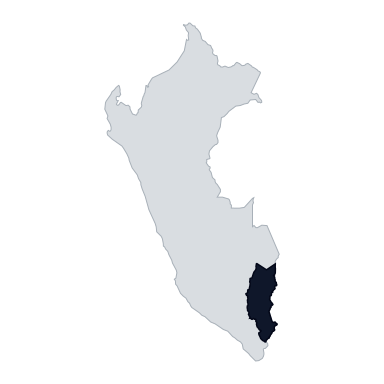 where Puno sits in Peru
{"feature_id": "PER-573", "entity_name": "Puno", "entity_type": "Department", "adm_level": 1, "iso_a3": "PER", "parent_name": "Peru", "parent_adm1": "", "projection": "equal_earth", "projection_center": [-69.98, -15.156], "detail": "fine", "context": "in_parent", "style": "filled", "palette": "ink", "viewbox_px": 384, "rotation_deg": 0, "n_neighbors": 0, "source": "natural_earth", "source_scale": "10m", "svg_char_len": 8042}
<svg xmlns="http://www.w3.org/2000/svg" viewBox="0 0 384 384"><path d="M261.7,101.1L261.7,102.4L260.5,102.9L259.5,102.1L258.0,102.4L255.7,99.5L250.2,100.0L247.8,103.3L244.2,104.0L240.3,105.5L235.8,106.1L228.8,111.4L227.2,113.5L224.0,116.6L221.4,117.6L220.2,127.1L217.6,132.7L216.6,135.8L218.0,140.3L218.0,142.6L216.6,144.4L215.4,144.6L213.0,146.6L209.5,150.8L208.9,154.0L210.0,158.2L209.6,158.7L206.7,159.5L206.8,161.9L206.2,162.8L208.6,166.2L210.1,167.0L210.1,167.9L209.9,168.7L209.3,169.1L209.3,169.9L211.1,172.4L212.4,177.5L215.0,179.9L215.1,181.6L215.9,183.2L217.2,184.4L220.4,189.4L220.4,191.8L217.2,197.2L222.6,197.2L228.6,199.0L229.4,199.9L230.2,202.3L230.2,203.9L231.4,205.2L231.3,208.1L239.2,208.2L244.3,207.4L252.5,198.4L253.8,197.7L253.1,199.6L253.0,201.0L253.5,202.6L252.5,204.8L252.5,226.7L254.0,225.5L255.9,227.6L257.3,227.7L261.8,225.2L267.0,225.6L279.2,254.2L278.2,256.1L278.2,257.6L276.7,258.9L275.2,261.2L275.1,272.5L273.9,275.9L274.6,277.7L275.3,281.3L276.4,283.4L276.7,284.8L276.5,285.4L274.8,286.6L274.7,288.6L271.7,292.7L271.1,295.4L270.0,296.3L269.8,299.4L272.5,304.4L270.8,307.3L269.1,311.7L271.9,321.0L273.0,322.3L274.2,322.3L276.0,323.1L277.0,324.5L274.7,326.2L274.4,327.0L274.5,330.0L272.1,332.3L268.9,338.1L268.0,338.4L266.4,340.2L266.1,341.0L266.3,341.9L267.7,343.6L267.9,345.7L265.5,348.3L263.9,348.6L263.3,349.3L263.9,352.9L263.9,354.5L263.4,356.4L262.3,358.4L258.8,360.6L255.6,361.0L250.2,355.6L248.6,353.5L243.2,348.9L242.3,344.2L240.5,341.9L237.3,340.1L234.6,337.7L232.7,336.6L227.8,331.2L223.4,329.5L215.2,323.9L210.7,322.0L205.0,316.7L201.9,315.3L199.4,312.8L191.9,307.6L190.7,305.9L189.6,303.3L187.9,301.7L186.0,298.2L183.2,296.1L180.5,293.3L177.1,285.9L175.6,284.2L175.4,280.8L174.3,279.2L175.9,278.1L176.9,272.8L176.3,270.2L172.5,263.1L171.7,260.1L168.9,254.7L167.8,251.4L165.6,249.0L164.6,246.9L163.4,246.1L163.3,243.6L162.4,238.8L161.2,236.3L156.7,231.8L156.2,226.9L155.2,223.5L148.9,209.7L145.2,196.4L142.2,189.0L140.9,184.8L140.8,182.5L138.5,178.5L137.3,174.9L132.2,168.0L129.2,160.3L128.8,158.0L126.8,153.7L123.5,148.2L121.9,146.0L112.2,139.2L107.6,135.0L107.1,132.9L107.3,131.6L108.3,130.4L109.7,131.3L110.5,131.0L111.1,129.5L111.1,127.2L110.3,124.2L107.1,118.5L107.9,115.9L104.8,109.2L105.5,102.7L106.2,101.1L110.8,94.5L112.1,91.7L114.1,90.0L116.2,87.4L118.6,85.4L119.3,86.0L120.1,89.6L120.0,91.9L120.7,94.5L119.0,96.8L117.1,96.4L116.4,96.9L116.1,98.0L116.4,99.8L116.9,100.6L118.3,100.6L116.4,104.1L116.6,104.7L117.9,105.4L119.1,104.5L120.4,102.5L121.2,102.3L126.0,105.6L128.2,105.2L129.9,106.8L130.1,109.2L132.5,114.0L136.0,115.2L136.6,114.8L137.4,113.0L138.1,112.7L138.3,110.0L141.3,107.2L141.8,105.3L141.3,103.9L141.4,102.8L143.2,96.5L143.7,95.9L144.3,93.8L145.0,92.6L146.0,85.5L146.8,85.6L147.6,87.2L148.6,86.8L148.0,85.2L148.2,84.7L151.6,79.0L152.6,77.8L169.0,70.0L177.1,62.0L184.3,50.8L186.5,39.5L187.3,40.3L188.7,40.0L188.2,35.4L188.5,33.3L188.5,32.6L186.3,29.9L185.3,26.9L183.4,25.2L183.5,24.6L185.5,25.2L187.4,24.9L189.0,23.0L190.2,23.2L192.9,25.8L194.9,26.0L195.5,27.8L197.4,29.2L200.2,33.1L201.4,37.3L201.3,38.1L202.6,40.3L205.2,41.4L207.9,44.6L210.6,45.5L211.8,48.4L212.6,49.3L213.0,50.9L212.5,52.8L212.9,53.8L215.0,55.5L216.7,55.6L217.1,56.4L218.0,61.0L217.4,63.4L217.7,64.7L219.9,65.8L220.6,66.9L222.4,67.1L225.0,66.1L228.2,67.5L230.6,67.0L231.7,66.6L232.9,65.6L233.8,65.6L236.3,62.6L237.0,62.4L239.7,63.7L242.0,65.7L244.7,65.3L245.9,64.1L247.9,63.4L251.5,65.9L252.3,67.1L253.3,67.3L257.2,69.8L257.9,70.8L259.9,71.8L260.4,72.6L260.2,73.5L251.1,92.7L254.0,94.3L256.6,93.3L257.9,94.6L259.0,97.7L261.0,99.8L261.7,101.1Z" fill="#d9dde1" stroke="#a8b0b8" stroke-width="1"/><path d="M275.3,263.9L275.3,264.2L275.2,266.4L275.2,267.1L275.4,268.6L275.3,272.2L275.3,272.6L275.2,273.0L275.1,273.5L274.7,274.1L274.6,274.3L274.6,274.6L274.6,274.8L274.6,275.0L274.3,275.3L273.9,275.2L273.7,275.2L273.5,275.6L273.8,276.1L274.5,276.9L274.7,277.2L274.7,277.4L274.6,277.6L274.6,277.9L274.6,278.2L274.8,278.9L275.0,279.3L275.1,279.9L275.1,280.6L275.1,281.2L275.3,281.5L276.0,282.2L276.2,282.4L276.3,282.7L276.3,283.4L276.7,284.6L276.7,285.2L276.5,285.6L275.6,285.7L275.1,285.9L274.8,286.2L274.7,286.5L274.7,286.9L274.7,287.6L274.8,287.9L275.0,288.3L275.0,288.7L274.8,289.0L273.9,289.6L273.6,289.9L273.1,290.7L273.0,290.8L272.7,290.9L272.6,291.2L272.6,292.1L272.6,292.3L272.3,292.3L272.0,292.2L271.7,292.2L271.5,292.6L271.4,294.9L271.2,295.5L270.3,295.9L270.0,296.2L269.8,296.4L269.8,296.7L269.9,298.2L269.8,298.4L269.6,299.0L269.6,299.4L269.6,299.7L269.9,300.1L270.2,300.3L270.9,301.9L271.2,302.2L272.0,303.0L272.2,303.3L272.5,303.9L272.9,304.3L272.8,304.6L272.6,304.9L272.3,304.8L272.0,304.9L271.8,305.6L271.4,305.8L271.1,306.1L270.9,306.4L270.8,306.7L271.0,307.3L270.9,307.5L270.5,307.7L270.4,307.8L270.2,308.1L270.1,308.5L270.1,308.8L270.0,309.2L269.1,310.9L269.0,311.5L269.1,312.0L269.3,312.6L269.8,314.4L270.4,316.3L271.0,318.2L271.6,320.1L271.9,321.1L272.3,321.9L272.6,322.1L272.9,322.4L273.2,322.5L273.5,322.5L273.7,322.4L274.0,322.2L274.3,322.1L274.7,322.3L275.1,322.1L275.4,322.4L275.9,323.2L276.6,323.5L277.0,323.8L277.1,324.3L276.8,324.9L275.3,325.7L274.8,326.0L274.5,326.6L274.3,326.9L274.3,327.3L274.3,328.3L274.3,328.9L274.3,329.2L274.7,329.9L274.5,330.1L274.3,330.5L274.1,330.7L273.3,331.3L273.1,331.3L272.6,331.4L272.4,331.6L272.2,331.8L272.0,332.8L271.8,333.2L270.4,335.1L270.0,336.1L269.9,336.4L269.3,336.8L269.2,336.9L269.2,337.1L269.3,337.3L269.3,337.7L269.0,338.1L268.7,338.3L268.3,338.4L267.9,338.6L267.5,338.9L266.8,339.8L266.7,339.8L266.4,339.9L266.2,340.3L266.0,341.3L265.8,341.8L265.6,341.9L265.2,342.0L264.9,341.9L264.6,341.5L264.5,341.3L264.4,341.0L264.3,340.9L264.2,340.9L263.9,340.9L263.6,341.0L263.4,341.0L263.0,340.6L262.8,340.5L262.7,340.4L262.2,340.1L261.7,339.5L261.4,339.2L261.2,339.1L260.7,338.5L260.0,336.7L259.1,335.0L258.9,334.2L258.8,333.9L258.8,333.7L258.8,333.0L258.9,332.9L259.0,332.7L259.3,332.5L259.7,332.4L259.9,332.3L260.0,332.2L260.4,331.7L260.9,331.2L261.0,330.9L260.7,330.3L259.8,330.1L259.7,330.0L259.5,329.9L259.3,329.6L258.6,328.7L258.3,328.2L258.1,327.8L258.0,327.6L257.9,327.5L257.3,327.0L257.1,326.8L257.0,326.2L256.7,325.1L256.5,324.4L256.5,323.9L256.6,323.5L256.8,322.9L256.8,322.7L256.7,322.4L256.6,322.2L256.1,321.8L255.9,321.6L255.9,321.2L255.9,320.6L255.9,320.1L255.9,319.8L255.8,319.5L255.6,319.3L255.4,319.2L255.2,319.2L254.9,319.3L254.4,319.2L253.6,318.5L253.1,318.7L253.0,318.8L252.8,319.0L252.6,319.1L252.2,319.3L251.6,319.2L251.3,319.0L250.5,318.3L250.4,318.3L250.3,318.2L250.0,318.0L249.7,318.1L249.9,317.5L249.9,317.1L249.8,316.6L249.3,316.1L249.1,315.8L248.9,315.1L248.8,314.9L248.7,314.7L248.5,314.4L248.6,314.2L248.6,313.9L249.0,313.1L249.0,312.9L249.0,312.7L248.8,312.1L248.7,312.0L248.2,311.4L248.0,311.1L247.6,310.4L247.5,310.2L247.5,309.4L247.6,309.1L247.5,308.8L247.4,308.6L247.3,308.4L247.3,308.2L247.2,307.9L247.3,306.7L247.3,306.1L247.5,306.0L247.5,305.9L247.8,305.8L247.9,305.6L248.0,305.3L248.0,303.9L247.9,303.2L247.8,302.8L247.7,302.5L247.6,302.3L247.5,302.1L247.5,301.9L247.6,301.5L247.6,301.2L247.7,300.9L247.4,300.4L247.5,299.8L247.6,299.5L247.9,298.9L247.9,298.6L247.9,298.2L247.7,297.6L247.7,297.3L247.6,297.1L247.8,296.2L247.7,295.8L247.4,295.6L247.2,295.6L246.9,295.6L246.7,295.5L246.6,295.4L246.4,295.0L246.1,294.4L246.0,294.2L245.9,294.0L245.9,293.9L246.0,293.6L246.3,293.5L246.7,293.5L246.8,293.5L246.9,293.3L247.1,293.2L247.2,292.9L247.5,292.6L247.7,292.4L247.8,292.2L247.8,291.9L247.7,291.5L247.6,291.2L247.7,290.7L247.9,289.8L248.1,289.7L248.9,289.6L249.0,289.5L249.1,289.4L249.2,289.2L249.6,287.0L249.8,286.3L249.9,285.9L250.2,283.5L250.2,283.0L250.1,282.6L249.9,282.4L249.8,282.2L249.7,281.9L250.0,280.4L250.0,279.5L250.1,278.5L250.3,278.4L251.4,278.1L251.8,278.0L252.0,277.8L252.2,277.3L253.5,273.3L253.9,272.3L254.1,271.9L254.4,271.5L254.8,271.1L255.6,270.0L255.8,269.6L256.1,268.5L256.2,268.0L256.2,267.8L256.2,267.6L256.0,266.5L256.1,265.8L256.4,263.8L256.7,263.6L256.9,263.6L266.1,269.6L266.4,269.7L266.7,269.7L275.3,263.9L275.3,263.9Z" fill="#0f172a" stroke="#020617" stroke-width="1.5"/></svg>